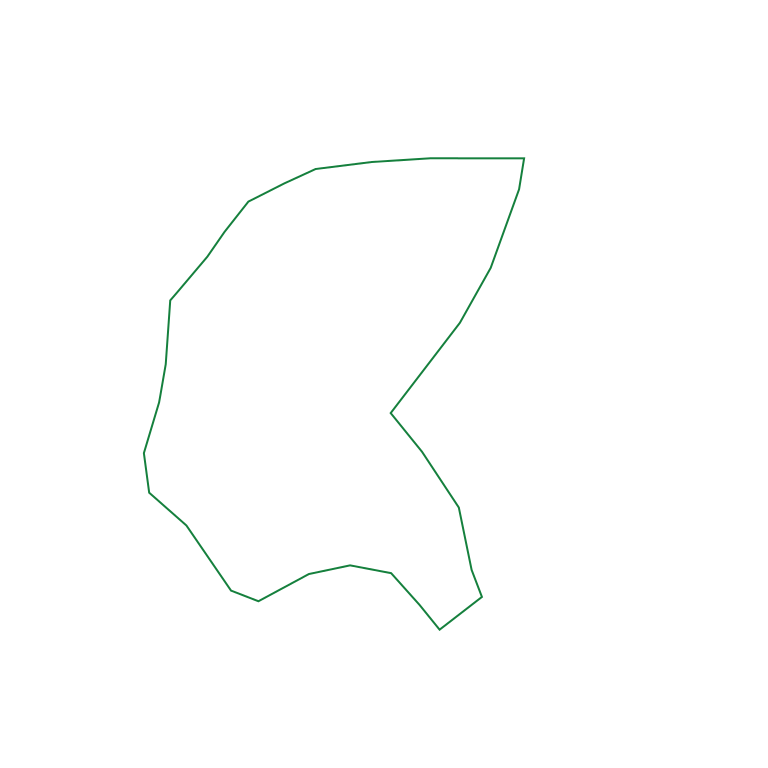 Haeundae-gu, Busan, South Korea, rotated 51°
{"feature_id": "91817680B8006777837161", "entity_name": "Haeundae-gu", "entity_type": "district", "adm_level": 2, "iso_a3": "KOR", "parent_name": "South Korea", "parent_adm1": "Busan", "projection": "robinson", "projection_center": [129.155, 35.197], "detail": "fine", "context": "isolated", "style": "outline", "palette": "green", "viewbox_px": 768, "rotation_deg": 51, "n_neighbors": 0, "source": "geoboundaries", "source_scale": "gbopen_adm2", "svg_char_len": 561}
<svg xmlns="http://www.w3.org/2000/svg" viewBox="0 0 768 768"><g transform="rotate(51 384 384)"><path d="M296.8,133.1L237.7,206.0L203.7,253.9L173.9,301.8L165.4,335.1L164.8,337.9L156.9,374.6L165.4,412.1L173.9,441.2L182.8,488.0L184.5,497.5L231.3,541.2L252.3,565.2L256.8,570.4L286.6,614.1L320.7,634.9L369.6,626.6L448.3,632.9L473.8,618.3L484.4,562.0L503.6,524.5L535.5,497.5L578.0,495.4L609.9,495.4L611.1,441.9L583.6,432.9L527.1,403.6L460.6,397.1L410.8,397.1L384.2,286.5L360.9,228.0L317.7,156.5L296.8,133.1Z" fill="none" stroke="#15803d" stroke-width="2"/></g></svg>